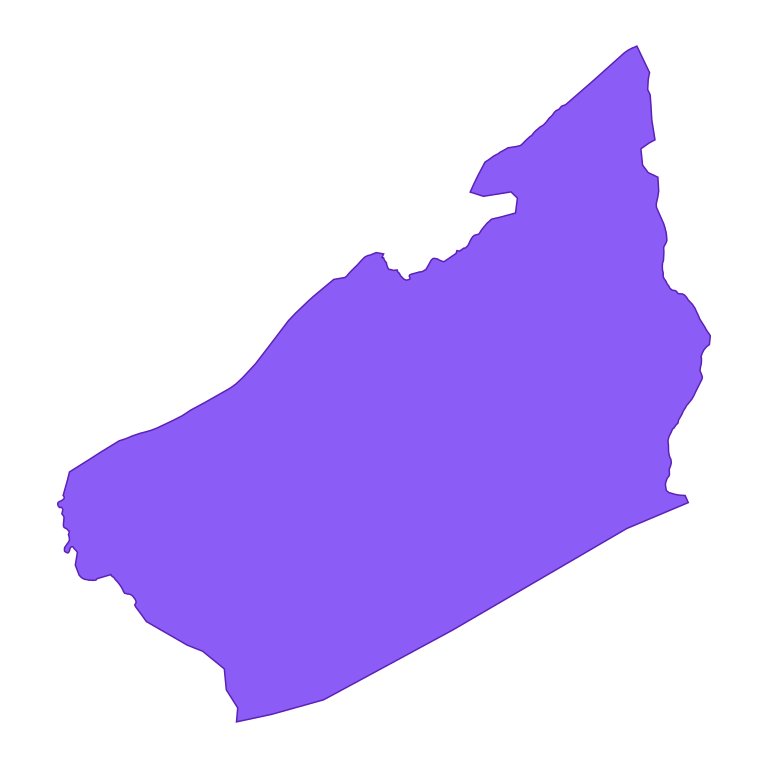 the district of Effutu Municipal, Central, Ghana
{"feature_id": "2480657B83789922051105", "entity_name": "Effutu Municipal", "entity_type": "district", "adm_level": 2, "iso_a3": "GHA", "parent_name": "Ghana", "parent_adm1": "Central", "projection": "robinson", "projection_center": [-0.61, 5.385], "detail": "fine", "context": "isolated", "style": "filled", "palette": "violet", "viewbox_px": 768, "rotation_deg": 0, "n_neighbors": 0, "source": "geoboundaries", "source_scale": "gbopen_adm2", "svg_char_len": 6000}
<svg xmlns="http://www.w3.org/2000/svg" viewBox="0 0 768 768"><path d="M658.7,191.0L657.9,177.2L648.2,172.6L642.6,165.1L640.9,148.8L647.3,144.3L649.1,143.0L655.0,139.8L651.9,120.6L651.8,119.9L651.4,113.4L651.0,106.2L650.5,99.2L650.2,94.9L647.7,89.6L648.2,79.9L648.9,75.7L649.6,72.7L636.9,46.1L636.1,46.4L633.8,47.5L632.3,48.0L628.6,49.9L626.5,51.3L623.9,53.2L594.0,80.0L565.6,104.7L564.0,105.3L562.0,106.0L561.3,106.5L559.9,108.1L559.4,109.0L555.9,110.8L554.7,112.0L553.2,113.9L552.6,114.9L551.2,116.4L549.2,118.1L548.1,119.6L546.3,122.0L545.2,123.2L543.3,125.1L541.5,126.2L539.8,127.2L538.3,128.6L536.0,130.5L533.9,132.6L532.3,134.7L531.3,135.8L530.1,136.4L528.4,138.0L526.2,140.0L523.9,142.3L522.2,144.1L520.8,145.2L520.2,145.6L516.4,146.5L508.7,147.7L507.7,147.9L506.0,149.0L501.5,151.5L500.2,152.1L498.1,153.8L496.6,154.5L495.2,155.3L493.9,155.9L492.4,157.0L490.4,158.5L488.1,160.1L485.0,162.1L484.3,163.4L477.2,177.0L473.8,184.0L470.2,192.1L483.5,196.3L511.0,191.9L517.4,198.1L515.5,213.0L498.1,217.7L497.5,217.8L495.6,218.2L491.8,219.1L490.8,219.8L488.6,221.9L487.2,223.0L485.8,224.7L484.6,226.1L482.8,228.3L481.9,229.4L480.7,231.2L479.5,233.2L478.9,234.1L478.1,234.3L475.7,234.9L474.4,235.3L473.8,235.8L472.8,236.6L471.4,238.6L470.2,240.8L469.5,242.4L469.0,243.4L468.1,245.3L466.9,246.6L465.3,248.1L463.9,248.1L459.5,251.1L456.9,250.6L456.1,253.4L453.2,255.4L443.8,261.8L439.3,260.1L437.6,259.0L435.5,258.5L433.3,258.4L432.6,258.9L431.6,259.7L430.7,261.0L428.4,265.2L426.6,268.3L425.9,269.5L424.8,270.1L423.0,271.2L421.8,271.7L421.2,271.8L420.6,271.9L419.8,271.9L419.4,272.0L418.8,272.1L417.6,272.5L411.6,274.1L409.8,274.8L409.2,276.0L410.1,278.3L409.6,279.3L407.6,279.9L407.0,280.1L405.9,280.0L404.0,279.2L401.9,277.2L401.4,276.5L400.6,275.8L399.4,273.4L397.4,271.5L397.5,270.9L397.3,270.0L395.8,270.0L395.3,270.1L393.7,270.4L390.2,269.4L388.8,269.4L387.8,267.7L386.6,264.3L386.4,262.6L385.8,262.0L385.0,261.2L384.1,259.4L383.6,257.8L382.5,258.1L382.0,257.5L383.6,253.9L376.2,252.6L369.8,255.2L368.2,255.4L367.4,255.8L365.3,256.7L364.0,257.8L361.8,260.0L359.5,262.5L357.4,264.9L354.8,267.4L350.3,271.9L348.5,273.9L346.7,276.1L344.9,277.5L333.8,279.4L313.1,296.6L308.1,301.2L295.4,313.3L288.4,320.7L271.6,342.8L255.5,363.8L242.7,377.6L240.4,379.8L236.1,383.8L232.1,386.8L228.5,389.1L203.6,403.2L190.7,410.1L186.6,412.9L181.9,415.9L176.4,418.7L170.8,421.5L156.8,428.1L151.1,430.3L146.7,431.6L139.8,433.4L132.4,435.9L126.6,438.4L123.0,439.6L119.2,440.8L100.9,452.0L87.5,460.6L69.5,471.9L67.5,479.9L63.1,495.6L63.8,496.2L64.1,496.8L64.2,497.3L64.2,498.2L63.8,498.8L62.5,500.0L61.9,500.4L60.9,501.0L60.0,501.3L59.3,501.5L58.6,502.1L58.0,502.7L57.7,503.5L57.8,504.6L58.1,505.7L58.9,506.9L59.8,507.6L61.3,507.3L62.3,508.3L62.7,509.3L62.7,509.9L62.6,511.0L62.1,512.5L61.9,513.5L62.0,514.2L62.5,514.5L63.1,515.3L63.8,516.7L64.1,517.6L63.9,518.6L63.8,520.0L63.8,520.9L63.5,523.2L63.4,524.4L63.4,525.5L63.8,527.0L64.2,527.5L64.7,527.8L65.6,528.3L66.2,528.6L67.1,529.1L67.6,529.6L68.3,530.7L68.8,531.1L69.3,531.3L69.3,531.9L69.1,532.9L68.7,533.8L68.4,534.7L68.6,535.3L68.9,536.0L69.1,536.8L69.2,537.3L69.3,538.5L69.5,539.2L69.3,540.5L69.0,541.0L68.1,542.7L67.7,543.1L67.1,544.0L66.7,544.6L66.0,545.6L65.7,546.0L65.4,546.5L64.6,547.5L64.4,549.8L64.5,550.9L64.7,551.4L65.6,552.0L66.3,552.4L66.9,552.7L67.9,552.9L68.5,552.6L69.4,550.9L69.6,550.2L69.9,548.9L70.2,548.1L70.4,547.7L70.9,547.2L71.8,546.8L72.9,546.7L73.6,547.8L73.9,548.4L74.8,549.2L75.2,549.7L75.7,550.1L76.4,551.0L76.8,551.6L77.4,552.3L75.3,565.1L79.2,575.3L79.9,575.9L80.3,576.5L81.0,577.1L81.8,577.8L82.5,578.3L83.3,578.7L84.1,579.1L85.0,579.3L85.7,579.5L86.7,579.6L87.1,579.7L88.0,579.9L89.3,580.3L90.1,580.1L91.2,580.2L92.2,580.3L93.0,580.4L94.1,580.2L94.9,580.2L95.6,580.2L96.3,579.8L96.6,579.3L97.3,578.6L111.0,574.6L111.3,575.6L111.7,575.9L112.1,576.3L112.7,576.7L113.4,577.2L114.0,577.7L114.6,578.5L115.1,579.2L115.5,579.8L116.3,580.6L116.9,581.3L117.9,582.3L118.2,582.8L118.6,583.3L119.6,584.6L120.0,585.1L120.8,586.4L121.5,587.3L121.9,588.2L122.3,589.0L122.6,589.4L123.3,591.2L123.8,591.9L124.5,593.2L125.9,593.5L126.7,593.7L127.3,594.0L128.5,594.1L129.5,594.2L130.8,594.7L131.7,595.3L132.6,596.0L133.1,596.6L134.0,597.8L135.2,599.4L135.6,600.1L135.7,600.6L136.2,602.4L134.7,605.0L135.3,606.2L135.8,607.1L140.1,612.8L146.4,621.6L187.2,645.1L195.7,648.5L202.6,651.2L224.3,668.9L226.3,689.8L237.7,707.9L236.5,721.9L271.8,714.3L323.6,699.8L382.1,668.2L452.7,630.0L501.1,601.8L626.8,528.5L688.3,502.6L685.4,496.1L685.1,495.5L683.6,495.4L680.3,495.2L678.0,494.9L674.9,494.3L671.6,493.3L669.2,492.7L666.4,490.6L665.9,488.1L665.4,484.6L665.7,482.6L666.3,480.8L667.3,478.0L668.9,476.2L669.5,474.5L669.3,471.2L669.3,469.1L670.0,467.4L670.7,465.5L670.9,464.5L671.3,462.8L671.1,461.0L670.9,459.3L669.9,457.5L669.3,455.5L668.6,451.7L668.4,444.8L668.0,441.5L668.2,439.4L669.1,436.3L670.7,433.2L671.1,432.4L672.6,429.0L674.0,428.0L675.7,425.4L678.0,423.0L678.7,419.7L680.5,416.8L682.0,414.1L683.3,411.0L685.1,408.2L686.8,405.3L689.2,402.5L692.1,398.8L694.1,395.2L695.6,391.9L697.9,387.3L700.1,382.9L701.5,380.2L702.0,379.0L702.4,377.1L701.8,375.2L701.1,373.4L700.0,370.6L700.4,367.5L701.2,364.2L701.5,360.9L701.4,357.6L700.9,357.0L702.3,353.0L704.1,349.6L706.8,346.5L709.4,344.6L710.3,336.2L710.2,335.5L708.3,332.7L707.3,331.4L706.2,329.4L705.8,329.0L705.2,327.6L699.7,318.9L698.5,315.9L696.9,312.5L694.6,307.5L693.7,306.5L692.7,304.7L689.0,300.8L687.6,299.0L686.8,297.6L684.6,295.1L683.2,294.3L682.2,293.9L679.2,293.8L678.0,293.3L677.4,292.9L676.7,291.6L675.5,290.7L674.3,290.4L672.4,290.3L670.7,288.9L669.6,287.8L668.9,286.1L667.3,284.1L666.5,282.7L666.1,281.5L665.2,280.1L664.6,279.5L663.6,277.6L663.2,276.2L663.2,272.9L662.9,271.5L662.6,270.8L662.3,267.0L662.5,263.4L663.5,260.2L663.9,252.4L663.7,248.1L663.9,246.7L665.9,243.1L666.9,240.4L666.4,234.1L666.1,232.8L666.1,232.1L665.3,229.4L665.1,228.1L664.5,226.2L663.7,223.7L656.5,207.5L656.3,205.8L656.3,203.7L657.8,197.1L658.7,191.0Z" fill="#8b5cf6" stroke="#5b21b6" stroke-width="1.5"/></svg>